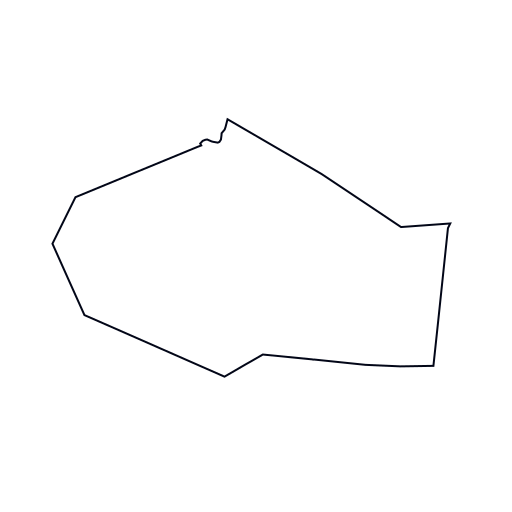 outline of San José Estancia Grande, Oaxaca, Mexico, rotated 195°
{"feature_id": "50627088B84369404768705", "entity_name": "San José Estancia Grande", "entity_type": "district", "adm_level": 2, "iso_a3": "MEX", "parent_name": "Mexico", "parent_adm1": "Oaxaca", "projection": "orthographic", "projection_center": [-98.255, 16.376], "detail": "fine", "context": "isolated", "style": "outline", "palette": "ink", "viewbox_px": 512, "rotation_deg": 195, "n_neighbors": 0, "source": "geoboundaries", "source_scale": "gbopen_adm2", "svg_char_len": 664}
<svg xmlns="http://www.w3.org/2000/svg" viewBox="0 0 512 512"><g transform="rotate(195 256 256)"><path d="M76.8,337.7L123.4,321.5L169.9,337.3L214.0,352.2L258.4,364.3L318.9,380.7L318.8,372.7L319.0,370.0L321.0,365.7L320.6,363.8L320.0,359.4L320.9,356.7L322.3,355.6L327.0,355.2L328.6,355.2L333.3,355.9L335.1,355.1L337.3,353.4L339.0,350.2L337.5,348.6L340.7,346.3L393.7,305.8L445.6,266.1L455.8,215.2L431.5,185.3L406.4,154.5L379.4,150.4L324.0,141.9L255.2,131.3L237.5,149.1L233.8,152.7L223.9,162.6L174.9,170.7L174.2,170.7L173.7,170.8L173.3,171.0L122.1,179.2L87.8,186.8L56.2,195.8L63.0,239.2L77.8,332.6L76.8,337.7Z" fill="none" stroke="#020617" stroke-width="2"/></g></svg>